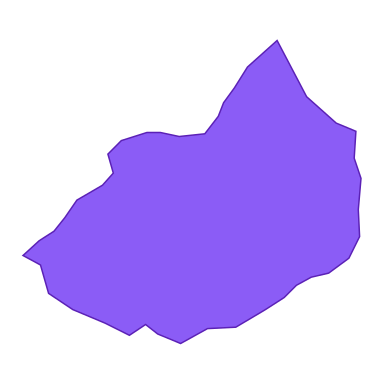 Linou, Nicosia, Cyprus
{"feature_id": "46923920B61720062034579", "entity_name": "Linou", "entity_type": "district", "adm_level": 2, "iso_a3": "CYP", "parent_name": "Cyprus", "parent_adm1": "Nicosia", "projection": "albers", "projection_center": [32.903, 35.079], "detail": "fine", "context": "isolated", "style": "filled", "palette": "violet", "viewbox_px": 384, "rotation_deg": 0, "n_neighbors": 0, "source": "geoboundaries", "source_scale": "gbopen_adm2", "svg_char_len": 623}
<svg xmlns="http://www.w3.org/2000/svg" viewBox="0 0 384 384"><path d="M247.5,67.0L234.4,87.9L223.6,102.7L218.3,116.3L204.8,133.8L179.2,136.5L160.4,132.5L146.9,132.5L121.3,140.6L107.9,154.1L113.3,173.1L102.5,185.2L76.9,200.1L64.8,217.7L54.0,231.2L39.2,240.7L23.0,255.5L40.5,265.0L48.6,293.4L72.8,309.6L105.2,323.2L129.4,335.3L145.6,324.5L157.7,334.0L180.6,343.5L207.5,328.6L235.8,327.2L265.4,309.6L284.2,297.5L296.4,285.3L311.2,277.2L328.7,273.1L348.9,258.2L359.6,236.6L358.3,209.6L361.0,178.4L354.2,158.2L355.9,131.3L336.2,123.1L306.6,96.7L277.1,40.5L247.5,67.0Z" fill="#8b5cf6" stroke="#5b21b6" stroke-width="1.5"/></svg>